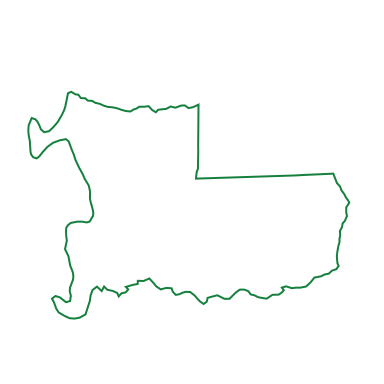 the district of Tapira, Paraná, Brazil, rotated 262°
{"feature_id": "56859067B14009728916409", "entity_name": "Tapira", "entity_type": "district", "adm_level": 2, "iso_a3": "BRA", "parent_name": "Brazil", "parent_adm1": "Paraná", "projection": "mercator", "projection_center": [-53.135, -23.338], "detail": "fine", "context": "isolated", "style": "outline", "palette": "green", "viewbox_px": 384, "rotation_deg": 262, "n_neighbors": 0, "source": "geoboundaries", "source_scale": "gbopen_adm2", "svg_char_len": 2541}
<svg xmlns="http://www.w3.org/2000/svg" viewBox="0 0 384 384"><g transform="rotate(262 192 192)"><path d="M307.1,83.0L294.2,78.4L290.7,76.7L286.5,73.9L280.0,68.8L275.5,63.7L272.1,58.9L271.8,53.9L275.1,51.1L279.9,49.9L283.3,48.7L285.8,47.0L287.5,43.5L280.6,39.5L277.1,38.7L274.0,38.3L270.1,38.2L264.8,38.5L254.5,37.7L251.6,37.9L248.6,39.5L246.9,42.7L248.5,45.7L252.5,49.9L254.7,52.6L256.8,55.1L260.1,61.3L261.6,68.4L261.9,74.5L259.3,76.9L250.7,78.8L245.4,80.2L239.9,81.1L231.5,83.7L224.5,86.4L220.1,87.5L212.7,90.7L206.4,91.1L199.6,90.0L195.5,90.3L190.1,91.1L185.3,91.4L182.2,90.7L177.0,86.6L176.5,83.6L177.9,79.1L178.6,74.2L178.2,67.5L176.2,64.3L173.8,62.4L170.7,61.8L165.6,61.3L161.3,61.3L153.1,58.3L145.6,60.7L136.3,61.1L129.2,62.8L125.2,62.8L121.8,62.0L114.3,57.9L110.9,57.1L106.1,57.6L101.0,56.1L100.4,51.9L105.9,46.6L108.0,42.4L105.9,38.5L101.8,40.0L95.5,41.3L91.3,43.2L87.0,48.6L84.1,53.1L83.0,58.1L83.2,63.2L85.6,69.5L98.4,75.7L103.7,77.2L108.8,79.9L111.5,84.7L106.5,88.8L110.6,91.8L107.0,94.5L105.0,99.9L102.4,103.9L98.8,104.9L101.5,108.1L101.8,112.3L104.4,115.3L107.2,113.3L108.3,120.7L108.5,125.4L111.6,126.0L110.6,131.7L112.3,137.7L109.4,139.7L107.0,141.4L103.5,143.5L99.9,147.5L100.6,153.1L99.5,158.4L96.0,159.1L92.4,161.6L92.5,165.1L93.6,168.8L94.0,171.8L93.3,176.2L88.9,180.4L86.4,181.9L82.7,184.5L79.5,187.9L81.3,191.3L85.0,192.8L85.6,197.2L86.2,202.7L83.9,206.1L81.7,209.2L81.0,214.3L83.9,218.1L86.7,221.9L88.7,225.9L88.0,230.4L85.9,234.0L82.4,235.9L81.0,239.5L78.7,242.7L77.3,246.7L76.0,251.2L79.0,257.3L78.3,263.6L79.9,266.8L81.9,269.2L84.8,267.7L85.5,272.0L82.8,277.6L82.8,281.5L82.2,285.7L82.5,291.7L85.8,296.6L90.2,301.3L90.6,308.3L91.9,312.0L92.1,316.1L94.6,319.6L95.5,324.3L98.4,326.9L101.3,326.1L105.2,326.3L108.4,326.5L113.2,327.8L118.6,329.6L121.8,331.1L125.0,331.5L128.7,332.8L132.8,333.0L136.4,335.7L140.0,336.8L142.0,339.3L146.6,342.1L150.2,341.9L155.3,342.6L159.5,346.3L162.7,345.1L165.3,343.6L168.3,342.7L172.9,340.2L176.8,339.4L180.6,336.8L187.3,335.2L190.5,334.5L193.3,305.2L193.9,297.8L204.7,197.8L211.1,199.4L214.1,201.1L231.8,203.9L235.9,204.4L277.6,210.6L275.8,204.5L275.6,200.2L278.7,197.0L279.1,193.4L277.8,187.3L279.6,182.8L277.9,177.9L278.1,173.9L278.1,169.8L276.0,167.3L278.8,163.9L283.0,161.1L283.1,156.7L283.8,151.6L282.4,148.8L281.8,145.5L280.3,142.3L281.3,138.0L283.3,133.4L285.5,129.2L287.1,124.5L287.8,121.0L289.5,117.1L292.2,112.8L293.8,108.6L296.1,105.9L297.0,101.6L299.6,99.4L300.5,95.0L304.1,93.0L305.0,90.0L308.0,86.4L307.1,83.0Z" fill="none" stroke="#15803d" stroke-width="2"/></g></svg>